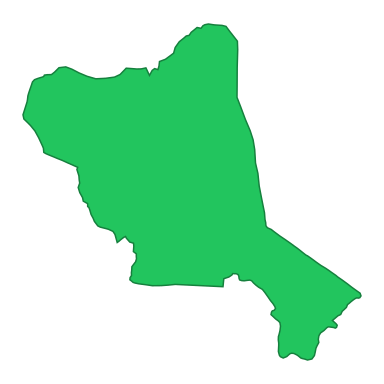 Svay Rieng, Svay Rieng, Cambodia (Natural Earth projection)
{"feature_id": "14789045B88579584003183", "entity_name": "Svay Rieng", "entity_type": "district", "adm_level": 2, "iso_a3": "KHM", "parent_name": "Cambodia", "parent_adm1": "Svay Rieng", "projection": "natural_earth1", "projection_center": [105.819, 11.091], "detail": "fine", "context": "isolated", "style": "filled", "palette": "green", "viewbox_px": 384, "rotation_deg": 0, "n_neighbors": 0, "source": "geoboundaries", "source_scale": "gbopen_adm2", "svg_char_len": 3216}
<svg xmlns="http://www.w3.org/2000/svg" viewBox="0 0 384 384"><path d="M360.1,293.2L356.7,290.8L351.7,287.2L347.6,284.0L342.0,279.9L337.6,276.9L335.9,275.4L332.0,272.7L329.5,270.9L325.7,268.3L321.0,265.5L316.3,262.2L312.7,259.5L307.6,255.9L305.8,255.0L301.9,251.9L297.5,248.4L294.4,246.2L290.6,243.4L285.2,239.6L279.7,235.9L274.2,231.8L271.3,229.5L267.3,227.7L265.9,225.7L265.7,222.6L265.0,219.5L264.5,212.8L263.4,207.4L261.3,196.9L259.2,186.0L257.9,173.4L255.5,163.0L254.7,149.6L253.1,139.8L250.2,130.8L245.4,119.5L240.7,106.9L237.0,97.4L237.1,87.1L237.2,67.7L237.7,49.7L237.4,41.2L233.9,36.7L229.5,31.1L226.0,26.4L223.7,25.8L222.1,25.4L214.4,24.9L208.4,24.0L204.9,24.7L203.0,25.7L201.0,28.3L197.1,27.5L194.3,29.8L191.1,32.4L189.2,35.3L186.2,36.0L183.7,38.2L179.3,41.7L176.4,45.8L175.2,47.5L173.6,53.2L165.4,59.3L159.5,61.5L159.0,66.0L157.9,69.6L154.6,68.6L152.2,70.4L149.5,75.4L148.4,73.2L147.8,71.9L147.0,70.2L145.9,67.9L141.2,68.9L136.8,69.0L130.6,68.5L126.2,68.2L123.7,70.8L120.1,74.5L114.5,77.1L105.7,78.3L95.8,78.8L87.1,76.3L79.0,72.9L71.9,69.2L65.8,66.9L59.0,67.7L54.5,72.2L51.4,74.6L47.3,74.7L44.4,75.1L43.7,76.5L42.3,77.1L40.8,77.5L37.9,78.4L34.5,79.7L32.5,81.9L31.3,85.5L29.8,89.8L28.6,93.4L27.9,95.9L27.5,99.4L27.1,101.8L24.9,108.8L23.0,114.8L23.9,119.0L26.7,121.7L30.4,125.4L34.9,130.9L38.7,137.8L42.3,145.6L43.4,148.2L43.8,152.4L45.8,153.6L48.8,154.9L53.7,156.9L57.5,158.5L62.3,160.4L68.0,163.0L77.7,167.3L76.9,169.5L78.9,175.8L79.2,179.9L79.7,183.1L78.2,187.5L79.8,192.7L82.5,197.5L83.3,201.2L87.6,203.6L87.7,206.6L88.8,207.3L89.9,210.3L91.1,214.5L93.1,218.2L94.4,221.4L97.8,225.9L100.2,227.1L102.5,227.7L106.4,228.7L108.5,229.3L113.0,231.4L115.0,234.5L116.2,238.8L117.2,242.5L118.9,241.3L120.7,239.7L123.7,237.4L125.5,236.5L126.4,238.2L129.8,242.1L133.5,243.2L133.8,246.2L133.4,251.6L136.3,253.8L136.3,256.6L136.5,258.8L135.6,261.8L133.6,264.4L131.9,266.7L131.7,270.4L131.4,272.6L131.5,275.5L130.1,277.6L129.9,279.8L131.5,281.0L133.1,282.4L134.9,283.0L138.7,283.8L146.4,284.8L152.3,285.7L161.3,285.6L168.2,285.1L175.3,284.4L223.0,286.7L223.8,278.7L228.9,277.0L231.9,275.0L232.7,273.6L234.1,273.7L236.2,273.7L238.1,274.6L238.9,276.6L239.0,278.1L239.6,279.9L241.6,280.6L244.2,280.8L247.0,280.4L249.7,280.1L251.6,280.7L253.5,282.9L255.9,285.1L258.6,287.2L262.4,289.4L264.8,292.4L268.2,297.2L270.5,300.6L272.9,303.5L274.8,306.5L275.5,308.4L274.2,310.3L272.3,310.9L271.5,312.1L271.0,314.6L273.2,316.6L275.7,319.0L278.3,320.9L279.9,322.6L280.5,326.1L280.0,330.5L279.1,334.3L278.4,336.6L278.3,339.9L278.7,343.1L278.7,345.5L278.6,347.3L278.5,349.4L278.4,351.6L279.4,355.3L280.4,356.7L283.2,358.0L286.7,356.6L289.8,353.8L291.7,353.2L294.0,353.5L296.8,354.9L298.3,355.9L300.8,358.0L302.2,358.5L304.8,359.1L307.5,360.0L311.9,359.0L314.4,355.6L315.3,351.7L315.9,348.4L317.0,345.9L318.8,342.5L318.3,339.3L318.9,335.7L320.6,332.9L324.0,330.5L326.8,327.7L328.4,326.8L330.7,327.1L333.6,327.5L335.3,328.1L336.5,327.4L337.2,325.2L336.0,323.7L333.9,321.8L332.4,320.5L334.9,318.4L337.9,315.8L340.7,314.5L342.2,311.3L344.2,309.5L346.4,307.4L347.5,304.6L349.2,303.3L351.1,301.6L353.0,300.1L354.8,298.8L356.6,297.9L358.5,298.1L359.8,297.7L361.0,295.9L360.1,293.2Z" fill="#22c55e" stroke="#15803d" stroke-width="1.5"/></svg>